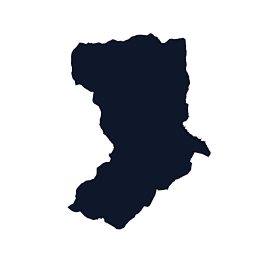 the district of Bixad, Covasna, Romania, rotated 254°
{"feature_id": "2599482B49492640514301", "entity_name": "Bixad", "entity_type": "district", "adm_level": 2, "iso_a3": "ROU", "parent_name": "Romania", "parent_adm1": "Covasna", "projection": "albers", "projection_center": [25.86, 46.11], "detail": "fine", "context": "isolated", "style": "filled", "palette": "ink", "viewbox_px": 256, "rotation_deg": 254, "n_neighbors": 0, "source": "geoboundaries", "source_scale": "gbopen_adm2", "svg_char_len": 5825}
<svg xmlns="http://www.w3.org/2000/svg" viewBox="0 0 256 256"><g transform="rotate(254 128 128)"><path d="M196.8,206.9L197.2,206.9L198.8,205.6L198.9,203.5L199.3,201.8L199.3,200.0L200.1,196.1L201.1,194.4L201.3,193.0L201.3,192.3L200.0,189.8L198.8,186.5L199.6,183.7L200.1,183.1L204.2,181.7L205.4,180.9L206.8,180.7L207.4,180.0L208.1,178.4L208.9,177.8L209.9,177.6L210.7,177.1L211.9,176.1L212.1,175.4L212.0,174.8L211.3,173.2L211.1,172.2L211.2,171.4L213.3,166.2L214.2,162.6L214.2,161.4L213.9,159.3L214.1,157.5L214.0,156.7L212.4,152.9L212.2,149.6L211.8,147.3L212.4,145.8L212.9,145.3L213.2,144.6L213.5,141.8L214.8,140.4L216.7,137.9L216.7,137.0L216.3,136.0L216.1,134.9L216.2,133.9L215.9,133.5L215.9,132.3L215.2,131.0L214.9,129.5L215.0,128.7L215.4,127.1L215.3,126.1L217.2,124.0L217.6,123.1L217.9,117.5L218.3,117.3L218.8,116.2L219.2,115.9L219.0,115.7L218.8,115.2L219.8,113.8L220.3,113.4L220.0,112.5L219.3,111.3L219.3,110.9L221.6,107.6L222.6,105.1L222.2,104.4L221.3,103.5L219.0,100.3L218.1,98.4L217.4,97.1L215.2,95.1L212.8,93.9L209.0,92.9L205.8,91.8L203.1,91.4L202.0,91.8L201.1,91.5L200.2,91.1L198.4,90.8L196.7,89.9L196.5,89.5L195.1,89.2L193.7,89.3L192.0,89.1L190.3,89.4L188.8,90.3L187.5,90.6L185.2,90.2L184.1,90.2L184.2,91.1L184.1,91.5L184.2,92.5L184.1,93.4L183.7,94.3L183.2,94.8L182.9,95.7L181.9,96.0L179.1,97.6L178.4,98.4L177.0,99.4L176.4,100.4L174.6,101.5L173.6,102.8L173.4,103.5L173.3,104.6L173.0,105.0L171.4,105.6L169.9,104.6L167.6,103.8L165.5,102.7L163.8,102.1L162.3,102.3L161.2,102.8L159.9,104.2L156.9,106.7L155.0,106.7L154.3,107.0L150.5,107.3L146.6,105.9L145.2,104.9L144.7,104.7L143.7,103.9L140.1,103.0L139.0,102.1L137.7,102.6L136.1,102.5L133.3,103.6L130.2,103.8L129.8,103.4L129.5,103.4L127.7,105.0L127.2,105.3L123.4,106.9L122.1,107.2L120.0,108.3L118.5,108.8L117.3,109.7L116.3,110.0L114.4,109.7L112.9,110.0L112.0,109.2L110.6,108.5L110.2,107.8L108.5,106.3L107.5,104.5L107.5,104.1L107.8,103.3L107.4,102.9L106.2,102.7L105.1,103.2L104.4,103.8L104.0,103.9L102.6,103.4L100.0,101.5L99.8,101.1L99.8,100.4L100.6,97.2L100.4,94.6L98.5,90.1L97.9,87.9L97.5,87.5L96.7,87.2L93.1,86.2L91.2,85.2L89.8,83.7L89.1,82.7L88.2,82.0L87.9,81.5L87.8,81.0L88.0,79.9L87.7,78.8L87.5,77.3L87.9,75.4L88.1,73.0L87.6,71.4L87.0,70.3L87.0,69.1L86.7,67.9L85.4,65.7L83.6,62.9L82.2,61.6L80.9,61.1L79.0,60.8L76.7,59.1L75.3,59.4L74.3,59.2L72.4,57.3L70.5,55.8L69.7,54.8L69.4,53.4L69.3,51.9L68.1,49.1L65.4,50.9L63.5,52.6L61.9,55.6L61.8,57.0L61.9,59.1L61.6,59.6L55.5,62.7L54.9,63.4L53.1,64.8L51.6,67.5L50.9,67.9L50.4,69.0L49.7,69.9L49.6,70.3L49.8,72.6L49.1,73.5L49.5,73.9L50.0,74.0L50.2,74.4L49.9,75.7L49.6,76.4L49.1,77.0L48.9,77.5L49.7,78.7L49.0,79.7L48.5,79.8L48.0,80.7L47.2,80.7L46.6,81.1L46.4,81.1L46.4,80.7L46.0,80.5L44.8,80.4L44.0,80.9L43.7,81.2L43.5,81.8L43.0,82.0L42.8,82.5L41.8,83.4L41.8,83.9L41.0,84.1L40.8,84.7L40.2,84.9L39.8,85.5L39.0,86.0L38.0,87.1L36.6,88.2L36.4,88.6L34.8,89.3L33.8,91.5L33.4,93.2L33.8,94.3L33.8,96.1L34.0,96.5L35.2,98.0L35.7,98.3L36.6,99.4L37.3,100.8L39.2,103.6L39.7,105.6L40.1,106.3L41.0,109.3L43.3,111.2L43.6,113.4L43.9,114.5L45.7,117.7L46.4,118.0L47.2,119.3L48.9,121.3L49.2,122.0L47.5,125.3L47.9,126.7L48.5,127.7L54.2,132.8L55.2,134.0L57.8,136.0L61.9,138.1L62.0,139.5L60.3,140.3L59.4,145.3L59.1,148.9L58.8,149.1L60.8,150.6L61.4,151.2L62.9,153.9L64.3,155.8L64.5,156.2L64.7,157.9L65.3,158.2L66.2,159.8L65.9,160.7L65.8,161.5L66.0,161.8L66.2,163.9L66.8,164.5L66.6,164.9L66.6,165.9L67.0,167.0L67.3,168.3L67.4,169.6L67.7,170.2L67.8,172.1L68.0,172.6L68.4,173.2L69.4,174.1L69.9,175.2L70.9,176.5L74.6,178.0L76.4,179.1L78.7,177.5L82.0,179.7L82.1,180.2L83.0,181.3L84.2,182.1L85.4,183.6L86.4,184.1L87.2,184.2L86.5,186.7L83.2,192.7L78.9,197.4L79.7,198.2L79.8,198.6L80.3,198.9L80.6,199.6L81.1,199.4L81.6,199.4L82.1,200.0L83.0,199.6L83.5,199.3L84.6,199.2L85.1,198.9L85.4,199.0L86.3,198.8L86.7,198.9L87.0,198.5L89.0,198.2L89.2,197.9L89.7,198.2L90.2,197.8L91.8,197.6L92.1,197.4L93.3,197.7L93.2,197.3L94.2,196.5L94.2,196.1L94.0,195.6L94.3,195.5L94.4,195.1L94.9,194.5L94.9,193.8L95.5,193.3L95.7,193.8L96.1,193.7L96.5,194.0L96.4,193.7L97.2,193.4L97.3,192.9L97.5,192.4L98.9,191.6L99.0,190.8L99.6,191.3L100.2,191.1L100.4,190.3L100.2,190.0L100.5,189.9L100.3,189.7L100.5,189.5L100.3,189.3L100.8,189.2L101.0,188.9L101.0,188.5L101.2,188.4L101.2,187.8L101.4,187.6L101.6,187.6L101.7,187.4L101.9,187.5L102.7,187.4L103.4,186.7L104.0,186.5L103.9,186.0L104.4,185.9L104.5,185.5L104.8,185.5L105.0,185.2L105.4,185.0L105.5,184.1L106.0,184.2L106.2,184.7L106.4,184.8L106.8,184.5L106.9,183.5L107.1,183.3L107.3,183.3L107.5,183.6L107.9,183.7L108.2,183.3L109.1,183.1L109.2,182.9L109.4,183.3L109.7,182.9L110.3,183.2L110.6,182.8L110.8,182.1L111.5,182.0L111.8,181.8L112.6,182.2L112.4,181.8L112.9,181.3L113.2,181.3L113.3,181.1L114.3,181.3L114.2,181.1L114.4,181.0L114.5,180.6L115.4,180.8L115.4,180.6L115.7,180.5L116.1,179.7L116.4,179.6L116.8,179.9L116.7,180.2L116.9,180.4L116.9,180.9L117.2,180.9L117.6,181.2L118.0,181.0L118.0,181.3L118.5,181.6L118.7,181.9L119.1,181.9L119.0,182.3L119.4,182.4L119.3,182.6L119.4,182.8L119.4,183.2L119.5,183.6L119.5,183.9L119.7,184.0L119.4,184.4L119.4,185.1L119.7,185.4L119.7,186.2L120.7,187.2L121.1,187.9L122.3,188.5L122.7,188.5L122.8,189.1L123.4,188.7L124.5,189.0L124.7,188.9L125.0,189.3L125.6,189.6L126.1,189.3L127.5,189.5L128.0,189.9L129.6,190.1L131.8,190.8L132.7,191.4L133.6,191.5L133.9,191.8L135.0,190.9L135.2,190.2L135.8,189.7L137.0,190.0L138.2,190.5L139.7,190.5L141.8,192.0L143.5,192.3L144.8,192.8L145.1,193.2L145.8,193.6L147.1,194.8L148.0,195.4L148.5,196.3L150.8,196.5L152.8,197.9L153.3,198.7L154.2,199.3L157.0,199.7L158.6,199.5L160.0,200.1L160.7,200.2L164.6,199.7L166.5,199.1L168.5,199.2L170.6,199.8L172.4,201.0L174.7,201.5L175.7,201.4L180.2,202.4L182.8,203.9L183.7,204.0L185.8,204.8L188.0,204.8L191.9,206.0L193.0,205.8L193.4,206.1L194.3,206.2L194.6,206.5L196.1,206.5L196.8,206.9Z" fill="#0f172a" stroke="#020617" stroke-width="1.5"/></g></svg>